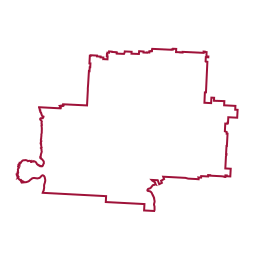 outline of Dalwallinu, Western Australia, Australia, rotated 183°
{"feature_id": "25037944B57812572751517", "entity_name": "Dalwallinu", "entity_type": "district", "adm_level": 2, "iso_a3": "AUS", "parent_name": "Australia", "parent_adm1": "Western Australia", "projection": "equal_earth", "projection_center": [117.374, -30.13], "detail": "fine", "context": "isolated", "style": "outline", "palette": "rose", "viewbox_px": 256, "rotation_deg": 183, "n_neighbors": 0, "source": "geoboundaries", "source_scale": "gbopen_adm2", "svg_char_len": 5578}
<svg xmlns="http://www.w3.org/2000/svg" viewBox="0 0 256 256"><g transform="rotate(183 128 128)"><path d="M28.4,138.5L28.4,144.0L19.5,144.0L19.5,151.9L21.9,151.9L21.9,155.7L33.2,155.7L33.2,159.9L43.6,159.7L43.6,162.7L46.3,162.7L46.3,157.2L53.0,157.2L53.1,167.6L52.0,167.7L52.2,198.3L53.9,198.4L54.0,198.5L54.0,202.8L51.5,202.8L51.5,203.6L53.4,203.6L53.5,207.9L55.4,207.9L55.4,208.3L56.5,208.3L56.4,207.0L77.5,206.9L77.5,206.2L79.8,206.2L79.8,206.4L84.0,206.3L84.0,209.5L87.1,209.5L87.1,208.8L88.4,208.8L88.4,208.4L108.0,208.3L108.1,207.9L108.1,206.0L109.4,206.0L109.4,205.7L110.7,205.7L110.7,204.5L113.0,204.5L113.0,204.2L116.5,204.2L116.5,205.2L120.9,205.3L121.0,202.5L128.4,202.4L128.4,204.3L135.2,204.3L135.2,203.6L135.9,201.8L143.1,201.7L143.1,202.9L144.1,202.9L144.1,203.1L147.9,203.1L148.0,203.4L150.9,203.5L150.9,202.2L152.5,202.2L152.5,200.8L152.9,200.8L152.9,198.5L152.1,198.5L152.1,195.5L155.4,195.5L155.5,195.6L156.3,195.5L156.3,197.1L159.1,197.1L159.1,197.9L162.7,197.9L162.7,198.7L169.1,198.7L169.1,198.1L169.9,198.1L169.9,190.5L168.9,190.5L168.9,186.7L169.4,186.7L169.4,182.8L170.0,182.9L170.1,169.9L170.2,165.3L170.1,163.9L170.1,148.4L193.5,148.3L193.4,147.2L193.5,146.9L193.9,146.6L194.5,146.5L194.7,147.1L194.8,146.9L194.7,146.6L194.9,146.9L195.1,146.8L195.1,147.0L196.1,146.7L196.3,146.8L196.5,146.7L196.3,146.6L197.0,146.5L196.9,146.4L196.6,146.4L196.4,146.3L196.5,146.1L196.9,146.2L196.8,145.8L196.4,145.4L196.2,144.9L196.7,144.4L197.1,144.5L197.6,144.8L197.5,144.7L198.3,144.8L197.7,144.6L197.5,144.3L197.3,144.3L197.2,144.1L217.9,144.1L217.9,143.9L217.9,143.7L217.6,143.4L217.3,143.2L217.4,142.6L217.0,141.5L216.8,141.4L216.9,141.2L217.0,140.4L216.8,140.7L216.6,140.7L216.6,140.4L216.4,140.2L216.5,139.6L216.3,139.3L215.7,138.9L215.4,138.2L215.5,137.9L214.9,136.9L214.6,135.8L214.4,135.2L214.7,134.9L214.1,135.3L213.7,135.2L213.6,134.9L213.0,135.0L212.9,134.8L213.4,133.8L213.7,133.3L214.4,133.2L215.2,133.3L215.8,133.1L216.0,132.9L216.2,132.4L216.1,131.9L215.9,131.6L215.5,131.3L214.4,130.1L214.6,128.8L214.5,128.3L214.6,127.8L214.5,127.4L214.6,126.8L214.3,127.2L214.2,126.6L214.1,126.4L214.3,126.1L214.4,125.7L214.5,125.6L214.4,125.4L214.0,123.2L214.1,122.6L213.9,121.6L214.0,120.7L213.9,119.6L213.9,118.6L214.2,116.8L214.1,116.2L214.1,115.6L214.1,115.0L214.2,114.2L214.1,113.3L214.3,112.7L214.2,112.3L214.4,111.6L214.2,109.9L214.3,109.2L214.1,109.3L214.2,108.9L214.2,108.4L214.0,107.8L214.1,107.4L213.9,107.3L213.9,106.3L213.6,105.2L213.5,104.0L213.9,103.5L213.8,103.4L213.4,103.4L213.6,102.8L213.3,102.3L213.2,101.7L213.2,101.1L212.9,100.0L213.0,99.3L213.6,97.0L213.6,95.9L214.1,94.8L214.0,94.6L213.0,95.0L213.9,94.3L214.1,94.0L214.1,93.6L213.8,93.4L213.5,93.5L213.5,93.2L213.1,92.7L212.0,92.2L211.3,91.2L210.7,90.6L210.4,90.2L210.3,89.6L210.2,88.2L210.7,87.4L210.9,86.5L211.4,85.5L211.7,85.3L212.3,85.2L212.9,85.6L213.2,85.6L212.8,85.4L212.7,85.3L213.0,85.2L213.5,85.4L213.3,85.5L213.6,85.5L213.8,85.6L213.7,85.4L213.9,85.3L215.2,86.0L215.6,86.1L217.0,87.2L217.6,88.2L218.3,89.1L219.0,89.5L220.1,89.9L220.5,89.9L220.7,89.7L220.9,89.8L221.2,89.4L222.1,89.5L222.3,89.4L222.4,89.6L222.8,89.0L223.1,89.0L223.3,89.5L223.2,89.6L223.7,89.9L224.4,90.1L225.1,90.0L226.1,89.7L226.2,89.9L228.3,90.6L231.1,90.2L231.7,89.8L232.8,88.6L233.0,88.3L233.0,88.1L233.1,87.8L233.6,87.2L234.1,87.6L234.3,87.6L234.3,87.3L234.5,87.3L234.6,86.8L234.4,86.8L234.3,87.0L234.1,86.8L234.5,85.9L234.4,85.4L234.5,85.3L234.7,85.8L234.7,86.0L234.8,86.5L234.9,86.4L234.8,86.1L235.0,85.6L234.9,85.4L235.2,85.5L235.2,85.9L235.5,85.7L235.4,85.2L235.1,84.6L235.1,83.9L235.6,83.8L235.7,84.1L235.8,84.0L235.8,83.8L235.7,83.7L235.3,83.3L235.0,82.7L235.4,82.1L235.4,81.9L235.3,82.1L235.2,82.1L235.7,81.2L235.8,80.6L235.6,79.8L235.7,79.3L235.9,79.1L236.5,79.2L235.6,78.8L235.5,78.4L236.0,78.0L236.0,77.9L235.6,77.6L235.9,77.2L235.7,76.8L236.4,76.3L235.9,76.1L235.8,75.8L235.9,75.6L236.3,75.4L236.4,75.1L236.0,74.9L235.9,75.2L235.5,74.9L235.5,74.6L235.8,74.5L236.0,74.5L236.1,74.2L235.9,74.0L235.7,74.2L235.2,73.8L235.6,73.6L235.7,73.2L235.1,72.9L235.3,72.5L235.1,72.6L234.9,72.6L234.5,71.6L234.0,71.0L233.1,70.4L232.5,69.9L232.6,70.3L232.5,70.6L232.2,70.6L231.8,70.2L231.7,69.9L231.9,69.6L232.0,69.1L231.9,68.8L231.8,68.6L230.7,68.4L230.8,68.1L230.7,68.1L230.5,68.4L230.2,68.5L231.1,69.3L230.5,69.4L230.2,69.3L229.8,68.9L229.2,68.8L229.1,68.7L229.5,68.2L227.6,68.5L226.8,68.6L224.8,69.4L223.9,70.0L222.6,71.4L221.7,72.0L221.1,72.7L219.9,73.1L219.1,73.2L215.8,72.9L213.8,73.5L213.4,73.8L211.7,75.8L210.9,76.3L210.2,76.2L209.4,75.7L208.6,74.5L207.9,71.7L207.9,70.5L208.1,69.9L208.1,69.2L208.6,67.6L208.6,67.2L208.8,66.7L208.7,64.9L208.6,64.3L208.7,62.9L208.9,62.1L208.8,61.6L209.7,59.4L209.8,58.8L146.3,58.8L146.3,52.9L107.6,52.9L107.6,46.5L97.5,46.5L97.2,47.6L97.4,50.9L98.0,52.7L98.0,53.5L97.6,55.5L97.6,56.3L97.9,57.5L98.5,59.8L99.2,61.4L99.6,61.7L99.8,62.2L99.5,62.0L99.7,62.4L100.1,62.8L100.9,64.4L101.6,65.2L102.4,65.8L105.1,66.3L105.4,66.9L105.1,67.7L104.6,68.3L103.1,68.8L102.2,69.4L100.3,72.1L99.6,72.5L98.9,72.5L98.1,73.2L97.3,73.0L97.6,73.5L98.0,74.6L98.2,75.1L98.8,75.5L101.1,76.8L101.7,77.4L95.6,77.4L93.9,73.5L91.3,75.0L92.2,77.1L89.3,78.9L90.3,81.2L68.0,81.2L65.3,80.6L57.1,80.6L54.8,80.5L54.7,81.7L55.0,82.3L52.4,82.3L52.4,83.8L45.5,83.8L45.5,85.2L43.5,85.2L43.5,84.7L31.9,84.7L28.9,84.5L28.9,84.2L28.2,84.2L28.2,85.8L26.9,85.8L26.9,85.0L23.3,85.0L23.3,92.7L28.7,92.7L28.7,105.2L28.3,106.0L28.3,107.1L28.7,107.1L28.7,115.2L28.3,115.2L28.3,127.5L29.2,127.5L29.2,129.1L31.1,129.8L31.1,137.5L28.9,137.5L28.9,138.5L28.4,138.5Z" fill="none" stroke="#9f1239" stroke-width="2"/></g></svg>